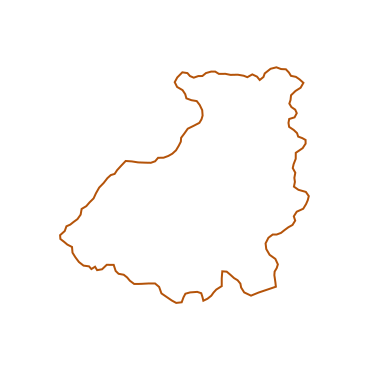 the district of Atílio Vivacqua, Espírito Santo, Brazil, rotated 72°
{"feature_id": "56859067B41366298318676", "entity_name": "Atílio Vivacqua", "entity_type": "district", "adm_level": 2, "iso_a3": "BRA", "parent_name": "Brazil", "parent_adm1": "Espírito Santo", "projection": "robinson", "projection_center": [-41.188, -20.969], "detail": "fine", "context": "isolated", "style": "outline", "palette": "amber", "viewbox_px": 384, "rotation_deg": 72, "n_neighbors": 0, "source": "geoboundaries", "source_scale": "gbopen_adm2", "svg_char_len": 2326}
<svg xmlns="http://www.w3.org/2000/svg" viewBox="0 0 384 384"><g transform="rotate(72 192 192)"><path d="M308.8,167.9L308.2,159.6L308.1,149.9L308.0,141.5L304.2,140.7L300.2,140.0L296.6,139.4L293.2,138.0L290.6,135.0L287.4,132.7L281.4,133.4L275.7,137.6L269.2,139.0L263.6,137.9L259.1,133.4L257.4,128.4L258.6,124.6L258.4,120.0L256.8,115.7L255.3,111.2L254.4,106.6L251.1,102.7L246.6,102.7L243.1,98.5L242.3,91.4L238.7,87.2L235.5,84.4L232.0,82.2L227.1,83.7L222.8,90.1L218.4,93.4L214.2,91.0L210.2,90.3L205.6,87.8L200.4,88.8L197.0,86.8L192.5,83.1L186.8,81.2L184.5,73.2L181.1,69.0L177.6,67.9L174.8,70.5L172.1,73.9L168.5,73.9L164.4,76.1L160.1,79.5L156.1,78.9L152.6,77.0L152.7,71.4L149.4,68.0L145.6,68.4L142.0,71.2L138.0,72.1L135.0,69.9L130.6,67.9L127.9,62.4L126.4,56.5L122.6,52.3L118.0,55.0L114.6,57.6L112.1,62.0L108.3,62.9L104.3,64.8L102.6,69.3L99.5,73.2L99.1,79.2L101.7,86.2L104.7,88.5L106.4,93.0L102.4,94.5L98.8,98.3L99.9,103.9L97.4,106.9L94.6,112.2L92.5,119.2L89.9,123.8L88.0,129.9L84.7,132.7L83.4,136.5L83.2,142.0L84.9,146.3L83.7,150.2L83.8,155.0L81.1,158.1L77.5,159.6L75.2,164.2L78.5,170.6L82.2,174.5L87.5,173.7L92.2,169.5L96.9,168.2L101.2,168.4L104.5,164.2L107.0,159.4L111.5,157.8L117.3,157.0L122.6,158.3L125.8,160.5L128.5,163.6L129.6,170.2L130.5,176.5L133.8,180.9L137.1,185.6L140.7,187.1L144.0,190.4L147.4,194.3L149.5,198.9L150.4,203.4L150.6,208.4L149.0,213.7L151.4,217.6L151.5,222.1L149.8,227.0L147.2,234.1L144.3,239.8L142.0,245.5L145.2,251.4L148.1,256.5L150.9,260.0L150.8,264.0L152.7,268.2L156.1,273.2L159.1,278.9L163.5,283.7L167.7,287.6L170.2,292.6L172.8,296.9L174.0,302.2L179.1,304.9L182.4,309.3L183.9,313.9L185.4,317.9L185.8,322.0L189.8,325.1L192.3,330.8L196.0,331.7L200.1,328.9L203.5,326.8L207.2,323.1L212.8,324.4L218.0,323.1L223.6,321.2L228.5,317.9L230.9,312.9L234.2,311.5L233.1,307.3L237.0,306.4L237.7,301.4L234.9,295.6L237.1,289.0L243.5,289.0L247.1,287.1L249.6,282.5L253.2,280.1L257.2,278.5L261.6,275.4L263.5,269.3L265.4,262.2L267.6,255.4L272.1,252.6L279.0,252.4L289.0,244.7L292.6,241.3L293.7,235.9L289.5,232.6L286.7,229.7L286.9,224.9L288.6,217.9L291.1,214.5L294.9,214.5L298.9,214.8L298.3,210.3L296.6,205.7L294.3,202.6L292.3,199.1L290.7,192.8L283.3,190.4L276.8,187.7L278.5,183.6L282.7,181.0L286.9,178.6L290.0,175.9L294.1,174.3L298.0,174.8L303.6,173.4L308.8,167.9Z" fill="none" stroke="#b45309" stroke-width="2"/></g></svg>